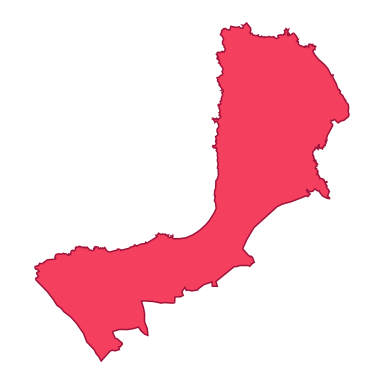 North Mahe, English River, Seychelles
{"feature_id": "34574756B41664711494427", "entity_name": "North Mahe", "entity_type": "district", "adm_level": 2, "iso_a3": "SYC", "parent_name": "Seychelles", "parent_adm1": "English River", "projection": "orthographic", "projection_center": [55.433, -4.604], "detail": "fine", "context": "isolated", "style": "filled", "palette": "rose", "viewbox_px": 384, "rotation_deg": 0, "n_neighbors": 0, "source": "geoboundaries", "source_scale": "gbopen_adm2", "svg_char_len": 5905}
<svg xmlns="http://www.w3.org/2000/svg" viewBox="0 0 384 384"><path d="M327.1,198.3L327.4,197.8L329.2,198.8L329.7,198.2L327.6,195.8L329.3,191.6L328.7,191.5L328.8,190.0L326.8,187.9L326.3,186.5L327.0,186.2L326.8,185.6L325.0,183.0L327.0,182.1L326.7,181.5L325.0,182.3L323.7,179.5L323.3,179.8L322.3,178.7L319.6,178.4L320.0,177.8L318.1,174.3L316.8,174.5L318.0,172.3L317.3,171.7L317.9,171.0L316.5,169.4L316.6,168.6L315.4,168.6L315.5,166.6L316.9,166.1L316.8,164.9L317.6,164.3L317.1,163.5L316.3,163.6L316.2,162.2L314.9,161.8L315.9,161.0L315.6,160.2L314.5,160.8L313.6,160.3L314.2,159.8L314.1,158.1L313.6,158.0L313.5,155.7L312.8,155.7L312.7,152.8L313.2,151.2L315.0,149.4L314.2,148.8L315.3,149.1L315.7,148.5L315.2,148.1L315.8,147.5L316.2,147.9L316.7,147.4L318.1,149.4L318.7,148.6L317.9,146.3L319.3,144.0L318.9,147.5L322.4,148.9L322.6,147.4L323.5,147.4L324.1,145.4L325.0,145.7L326.3,141.7L325.3,141.5L325.9,140.7L326.6,140.9L327.0,139.5L326.3,139.3L327.4,135.4L332.7,125.6L332.5,124.3L330.7,122.3L331.3,120.4L332.7,120.7L334.4,119.4L338.0,122.9L341.5,120.8L343.8,120.4L348.4,116.7L349.0,114.8L348.2,110.9L348.7,108.0L348.2,104.4L345.9,101.9L345.4,100.7L345.7,100.3L345.1,100.1L342.7,95.6L340.0,93.2L340.3,91.3L339.8,91.4L339.3,89.6L338.5,89.7L337.9,88.7L336.1,83.6L332.3,76.4L332.2,75.7L332.9,76.0L333.2,75.0L331.1,75.0L327.9,68.7L324.5,64.7L318.3,59.2L314.4,54.3L312.8,51.0L313.4,49.8L314.9,49.7L315.1,47.2L315.7,46.5L314.3,45.9L313.4,46.2L312.8,44.6L312.1,45.5L311.7,44.7L310.0,44.1L308.9,44.4L308.6,47.3L307.6,46.3L305.6,45.9L305.1,46.3L305.6,47.1L304.9,47.3L299.1,45.1L298.0,43.0L298.5,42.0L297.8,41.1L296.8,41.3L298.2,39.3L297.7,39.3L296.8,36.9L294.2,33.5L293.2,33.2L290.5,35.0L288.8,34.7L289.3,35.3L288.8,35.6L287.5,35.3L287.8,33.8L288.4,34.4L289.1,33.5L287.6,32.0L288.5,29.4L287.6,30.0L286.0,28.7L285.8,29.8L284.5,30.3L284.9,34.2L283.6,34.2L282.8,35.3L280.6,34.7L277.9,35.6L278.5,37.7L276.0,38.6L273.7,36.6L271.5,37.3L269.0,36.4L266.7,37.2L264.8,36.8L264.4,37.5L261.4,36.2L260.6,37.2L258.6,36.4L258.3,35.0L256.6,35.7L253.1,35.1L251.8,33.2L250.6,33.7L249.9,32.9L250.8,30.5L250.6,28.1L246.6,23.0L243.7,25.6L242.5,25.3L243.2,26.1L242.9,28.2L240.5,28.1L239.3,26.8L235.9,27.4L230.8,26.3L229.9,30.1L227.6,29.7L225.1,28.4L224.6,28.9L223.7,28.7L221.5,30.8L221.8,32.0L220.4,34.7L222.5,36.6L223.2,38.0L223.6,39.4L222.5,41.5L222.6,44.1L224.3,45.9L224.0,46.9L225.5,49.1L223.9,52.2L222.2,51.3L220.0,52.7L218.4,52.1L217.1,52.9L217.3,54.2L216.5,54.4L218.2,56.6L217.5,57.1L218.1,58.0L217.2,58.0L217.0,58.7L219.3,60.6L219.3,62.0L218.6,62.9L220.4,63.9L220.3,65.0L222.6,67.7L223.1,69.6L221.9,71.8L222.7,73.0L222.5,74.6L220.4,75.6L219.7,76.8L217.0,77.8L217.8,79.3L217.5,81.0L219.2,83.2L219.2,85.2L219.9,85.0L220.0,86.1L221.8,88.6L222.2,89.6L221.6,90.1L223.0,89.9L223.4,91.1L222.9,92.2L221.9,92.1L222.6,95.1L221.2,98.8L221.6,100.3L220.2,101.3L220.8,104.1L219.9,104.7L219.0,104.2L218.2,104.6L218.2,105.9L219.3,107.1L219.0,108.3L220.0,109.6L219.7,112.3L219.1,112.6L219.8,113.5L219.2,115.4L220.5,116.0L220.7,116.9L217.9,119.8L216.9,118.4L216.6,119.1L213.3,118.4L213.7,118.9L212.7,119.2L214.0,120.1L214.5,121.5L215.5,121.6L215.3,122.1L216.3,121.4L217.2,121.9L218.9,125.5L218.2,127.9L217.1,129.1L217.0,131.9L217.6,132.4L218.0,134.9L215.6,136.6L216.5,140.5L215.7,140.5L215.7,142.0L216.6,143.0L215.2,145.7L213.1,145.5L212.6,146.4L213.4,147.7L215.4,148.2L216.1,147.6L217.0,148.8L216.2,150.6L217.6,152.6L217.3,155.1L217.8,158.4L217.3,159.6L217.5,161.8L218.3,162.6L217.4,168.2L218.2,168.7L218.4,175.6L217.2,179.1L216.0,180.5L215.6,188.5L214.7,190.6L214.4,195.3L214.7,196.0L215.4,195.9L214.4,200.9L215.5,202.6L216.2,208.4L214.5,212.3L209.7,220.1L205.8,224.8L199.6,230.4L193.0,234.8L186.0,237.8L179.6,238.7L173.5,238.7L171.7,236.8L172.9,236.2L172.8,235.4L172.0,236.2L171.1,235.9L171.4,236.8L169.8,237.6L167.9,236.7L168.6,235.0L166.6,235.2L165.7,234.4L165.6,234.9L163.0,233.9L161.0,234.5L158.5,233.2L157.1,235.4L156.0,235.3L157.0,236.8L147.1,243.0L145.6,242.3L145.4,243.6L141.1,244.0L136.6,246.0L135.1,244.9L134.2,245.2L134.3,246.2L130.8,247.0L128.9,248.3L120.8,250.4L120.5,249.7L118.3,249.0L117.3,249.3L117.1,250.1L109.3,252.1L106.8,250.8L104.8,247.6L104.1,248.5L102.7,247.9L102.3,248.8L100.5,247.9L99.3,248.2L99.4,248.7L98.2,248.1L98.1,247.2L95.7,246.6L94.5,247.2L94.9,248.2L93.7,248.5L94.2,249.6L92.6,250.7L89.5,249.8L87.1,247.2L85.9,247.3L85.2,248.2L84.6,247.2L82.6,247.2L82.3,247.7L80.2,246.4L79.1,246.3L78.6,247.1L76.1,247.0L75.3,248.0L75.6,249.7L74.3,250.9L72.8,250.2L71.6,250.6L70.5,253.4L70.7,254.4L68.7,254.0L68.8,255.2L68.2,255.3L66.1,253.9L64.3,253.9L63.5,253.3L61.4,254.2L58.6,253.8L56.7,254.3L55.8,254.8L54.8,257.2L55.8,258.3L55.5,259.1L47.4,259.8L42.0,263.8L39.7,263.3L38.6,265.4L35.2,266.5L35.0,267.8L35.7,269.1L37.6,269.6L39.1,271.4L37.0,272.5L36.6,273.3L38.5,276.7L35.7,278.3L36.1,280.1L47.4,291.7L53.5,299.6L57.0,305.3L61.0,308.1L64.0,311.8L70.7,316.9L76.6,323.4L83.5,333.4L86.8,341.9L94.3,349.8L96.4,354.0L98.9,356.8L101.2,361.0L110.3,350.9L112.1,350.3L115.3,350.8L119.4,349.5L118.7,347.0L120.1,346.9L122.2,344.4L122.3,343.2L117.3,338.9L115.1,338.1L112.5,332.0L113.5,331.2L119.8,329.4L127.0,329.6L133.5,328.6L138.5,327.1L141.0,330.8L144.7,334.2L147.9,335.4L147.2,328.5L144.5,321.7L144.6,314.2L143.5,307.9L141.4,301.2L144.5,300.9L154.0,301.6L161.2,303.1L164.2,302.6L172.7,303.1L174.6,302.7L175.0,297.0L180.7,296.7L183.2,295.4L181.9,291.8L184.9,287.4L186.3,290.4L188.6,290.1L191.7,290.9L197.8,289.9L198.2,288.9L203.9,284.6L212.0,281.9L212.3,286.2L217.3,286.3L215.9,281.5L234.1,266.7L237.1,266.5L239.8,265.5L248.2,265.5L249.9,266.2L251.9,264.0L251.6,263.7L254.3,262.4L252.5,257.4L251.0,256.1L250.1,256.6L248.1,255.0L242.9,249.0L242.9,248.1L246.9,239.4L253.9,227.6L276.9,206.8L282.5,204.0L291.1,201.7L306.7,195.7L307.8,196.6L310.1,194.0L307.6,192.3L306.6,190.1L306.9,189.5L309.5,191.8L312.7,191.3L314.8,189.0L317.6,190.9L319.4,191.0L319.5,192.0L322.6,196.0L327.1,198.3Z" fill="#f43f5e" stroke="#9f1239" stroke-width="1.5"/></svg>